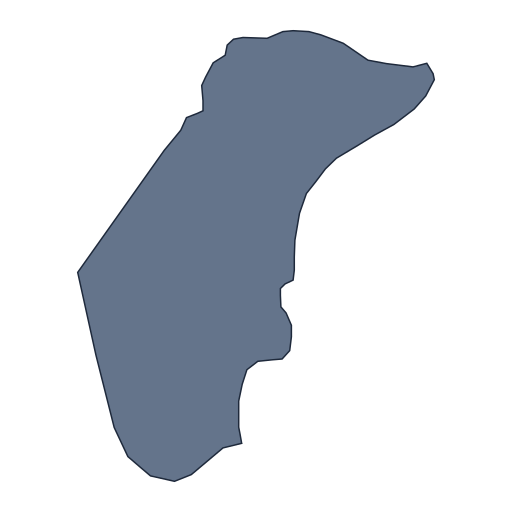 the border of Ohrid
{"feature_id": "MKD-2898", "entity_name": "Ohrid", "entity_type": "Statistical Region", "adm_level": 1, "iso_a3": "MKD", "parent_name": "North Macedonia", "parent_adm1": "", "projection": "albers", "projection_center": [20.864, 41.072], "detail": "fine", "context": "isolated", "style": "filled", "palette": "slate", "viewbox_px": 512, "rotation_deg": 0, "n_neighbors": 0, "source": "natural_earth", "source_scale": "10m", "svg_char_len": 926}
<svg xmlns="http://www.w3.org/2000/svg" viewBox="0 0 512 512"><path d="M174.5,481.3L150.5,475.9L140.6,467.5L127.9,456.6L114.2,427.5L95.9,354.9L77.7,272.4L164.2,150.4L180.8,130.2L186.5,117.6L197.3,113.4L203.0,110.8L203.0,100.7L201.7,85.5L205.6,77.1L213.2,62.8L225.2,55.2L227.2,45.1L233.5,39.2L243.0,37.5L267.1,38.3L282.9,31.6L293.1,30.7L308.9,31.6L321.0,34.9L343.3,43.3L368.0,60.2L386.4,63.6L413.0,66.9L426.8,63.3L433.1,73.7L434.3,79.7L425.7,96.0L414.2,109.0L394.0,124.4L374.5,135.1L358.3,145.1L336.4,158.2L325.4,168.9L315.6,181.9L306.4,193.5L299.5,213.3L294.9,240.2L294.3,257.0L294.3,270.1L293.1,280.1L285.1,283.9L280.4,288.5L280.4,295.4L280.9,306.9L286.1,313.0L291.4,325.3L291.4,336.8L289.7,350.6L282.1,359.0L272.3,359.8L257.8,361.3L246.9,369.7L242.2,384.3L238.7,401.1L238.7,415.7L238.7,427.2L240.2,435.0L241.6,443.0L241.7,443.3L223.0,447.9L191.3,474.6L174.5,481.3Z" fill="#64748b" stroke="#1e293b" stroke-width="1.5"/></svg>